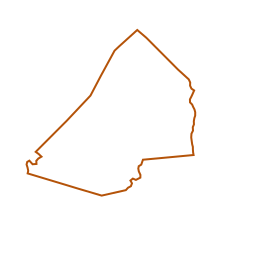 the district of Salgado, Sergipe, Brazil, rotated 30°
{"feature_id": "56859067B23037122436580", "entity_name": "Salgado", "entity_type": "district", "adm_level": 2, "iso_a3": "BRA", "parent_name": "Brazil", "parent_adm1": "Sergipe", "projection": "orthographic", "projection_center": [-37.463, -11.064], "detail": "fine", "context": "isolated", "style": "outline", "palette": "amber", "viewbox_px": 256, "rotation_deg": 30, "n_neighbors": 0, "source": "geoboundaries", "source_scale": "gbopen_adm2", "svg_char_len": 934}
<svg xmlns="http://www.w3.org/2000/svg" viewBox="0 0 256 256"><g transform="rotate(30 128 128)"><path d="M63.8,217.5L103.3,208.2L114.5,205.6L139.0,199.7L157.2,182.9L157.9,179.7L159.6,177.0L159.1,173.9L156.4,172.3L157.5,169.4L160.8,169.0L163.5,164.8L162.2,162.4L159.1,160.2L157.2,158.0L156.4,155.7L157.8,153.1L156.8,148.0L169.4,139.1L198.3,118.6L196.6,116.6L194.9,114.1L193.6,111.9L191.7,110.0L189.6,107.3L187.5,104.6L185.8,101.2L185.6,97.8L183.7,94.9L183.3,91.9L181.6,89.2L180.5,86.2L180.0,83.7L178.3,80.7L176.3,78.7L174.1,77.3L171.8,75.6L168.9,74.8L167.3,72.2L167.2,69.5L167.0,66.9L166.5,62.4L163.3,62.2L160.6,60.3L159.1,57.5L156.3,55.5L142.1,52.4L98.8,40.7L87.0,38.5L79.6,61.4L77.7,67.7L78.4,96.4L79.3,118.7L71.2,152.9L70.3,156.2L60.0,194.8L63.7,195.2L67.4,196.1L65.6,199.3L65.0,202.3L66.7,204.9L63.5,207.1L58.9,205.6L57.7,207.8L58.4,210.3L60.8,212.5L63.0,215.0L63.8,217.5Z" fill="none" stroke="#b45309" stroke-width="2"/></g></svg>